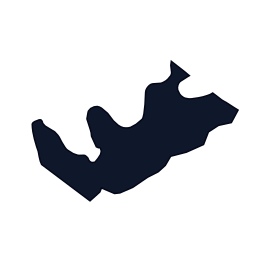 the district of Lake, Tennessee, United States of America, rotated 38°
{"feature_id": "52423323B1781163354371", "entity_name": "Lake", "entity_type": "district", "adm_level": 2, "iso_a3": "USA", "parent_name": "United States of America", "parent_adm1": "Tennessee", "projection": "robinson", "projection_center": [-89.539, 36.344], "detail": "fine", "context": "isolated", "style": "filled", "palette": "ink", "viewbox_px": 256, "rotation_deg": 38, "n_neighbors": 0, "source": "geoboundaries", "source_scale": "gbopen_adm2", "svg_char_len": 1668}
<svg xmlns="http://www.w3.org/2000/svg" viewBox="0 0 256 256"><g transform="rotate(38 128 128)"><path d="M82.4,209.9L142.9,208.8L145.2,195.8L144.0,191.6L157.7,187.9L161.6,184.1L168.3,171.8L173.7,154.8L178.8,143.8L180.4,134.5L179.0,124.0L188.9,111.1L197.7,94.5L193.8,81.6L197.7,70.2L206.1,60.1L203.7,46.1L199.2,46.6L189.1,47.5L188.4,47.7L184.5,48.2L179.0,48.2L173.2,48.3L172.2,50.9L170.8,53.2L168.1,57.1L164.9,60.9L159.9,66.1L157.9,67.7L154.8,69.3L153.2,69.8L150.0,69.9L147.9,69.5L143.8,67.5L141.9,65.5L140.8,63.2L140.4,61.6L140.3,60.1L140.6,58.7L143.5,50.4L144.1,49.0L141.1,48.9L138.7,48.8L121.1,48.8L123.1,52.2L128.2,57.4L129.0,58.7L129.5,60.4L129.4,64.8L128.9,67.4L127.8,70.1L127.1,71.5L126.2,72.7L120.4,77.9L119.3,79.3L118.6,81.3L118.4,83.5L118.5,85.3L118.9,87.1L119.8,88.9L127.0,99.1L131.9,107.1L133.4,110.4L133.8,112.1L133.7,112.9L132.2,120.0L129.7,125.8L128.2,127.7L126.3,129.3L124.3,130.6L121.6,131.5L118.6,131.9L112.0,131.4L102.9,129.0L94.8,128.7L92.6,129.1L90.5,130.0L88.3,132.2L86.6,135.6L86.4,139.0L86.8,140.1L90.0,146.1L99.4,152.5L101.8,154.3L104.3,156.9L114.6,162.3L116.8,161.8L117.9,160.9L118.7,160.9L121.0,162.5L121.7,163.6L122.7,166.0L123.1,170.5L123.0,175.3L121.1,177.2L120.1,177.7L118.7,177.9L116.9,177.5L114.9,176.4L113.1,176.1L111.2,176.1L110.1,176.6L106.2,179.8L104.7,180.6L100.5,182.0L94.0,182.7L92.3,182.6L90.3,182.1L84.6,180.0L79.3,177.6L77.0,176.9L72.6,176.2L61.6,177.5L58.1,176.9L56.0,175.5L54.3,175.2L52.9,176.3L52.3,177.4L50.7,180.0L50.0,181.8L49.9,182.7L50.0,183.5L50.3,184.1L52.4,186.5L55.4,189.5L58.6,192.2L61.0,194.2L67.6,199.0L71.6,201.6L75.9,205.4L79.3,208.1L82.4,209.9Z" fill="#0f172a" stroke="#020617" stroke-width="1.5"/></g></svg>